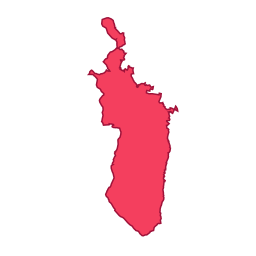 Sieut, Bistrita-Nasaud, Romania (Mercator projection), rotated 118°
{"feature_id": "2599482B95088717010880", "entity_name": "Sieut", "entity_type": "district", "adm_level": 2, "iso_a3": "ROU", "parent_name": "Romania", "parent_adm1": "Bistrita-Nasaud", "projection": "mercator", "projection_center": [24.659, 46.986], "detail": "fine", "context": "isolated", "style": "filled", "palette": "rose", "viewbox_px": 256, "rotation_deg": 118, "n_neighbors": 0, "source": "geoboundaries", "source_scale": "gbopen_adm2", "svg_char_len": 5725}
<svg xmlns="http://www.w3.org/2000/svg" viewBox="0 0 256 256"><g transform="rotate(118 128 128)"><path d="M189.3,116.8L191.5,117.0L192.8,116.8L193.6,117.0L194.6,116.7L197.0,116.6L197.5,116.2L198.6,114.9L198.9,113.3L199.3,112.6L200.2,111.7L200.3,111.2L201.4,110.5L202.0,109.6L202.1,109.2L202.1,108.7L202.7,107.0L204.8,103.7L205.3,102.8L205.6,101.8L206.1,101.1L207.0,101.0L209.3,94.9L209.7,93.1L209.5,91.4L209.5,90.0L209.9,88.6L211.7,83.9L212.5,81.0L212.7,78.0L213.6,76.5L214.3,74.7L214.4,73.9L214.8,73.1L214.7,72.3L214.4,71.3L214.4,70.0L215.7,67.8L216.4,65.0L215.9,63.8L214.4,62.7L213.5,61.2L210.4,59.8L210.0,59.6L208.9,59.8L208.1,58.8L207.2,58.3L207.2,58.1L206.5,57.3L203.7,58.2L202.4,58.0L199.7,56.9L198.9,57.0L197.7,56.0L197.6,55.3L196.7,54.3L194.1,56.2L192.5,56.2L190.8,57.4L190.6,57.8L190.2,58.4L189.6,58.4L188.8,59.0L188.0,59.0L187.7,59.3L187.6,60.2L187.2,60.5L186.4,60.6L184.5,61.6L181.6,62.3L180.8,62.2L177.4,63.1L175.1,62.9L174.1,63.0L172.4,63.8L171.8,64.7L170.7,64.8L170.3,65.4L168.6,66.3L166.0,68.3L164.2,68.6L163.3,69.0L162.9,69.4L161.9,69.6L158.1,71.2L158.0,70.4L157.0,70.5L156.6,72.3L156.3,72.8L154.5,73.5L154.3,73.2L153.8,73.6L153.4,73.2L152.4,74.7L150.4,74.2L150.3,75.2L149.4,75.0L148.0,76.0L147.3,75.1L146.0,75.7L146.1,75.9L144.1,76.7L143.0,76.9L143.0,77.1L142.0,77.1L140.8,77.3L140.8,78.0L136.1,78.4L134.3,78.8L133.7,79.4L132.5,79.8L131.0,80.9L130.6,80.3L128.8,80.1L125.8,81.1L125.4,82.2L124.3,82.3L121.5,85.2L121.5,85.5L120.8,86.2L120.4,85.9L119.9,87.0L119.2,87.5L119.0,88.1L117.3,88.9L114.8,89.6L112.5,90.0L110.9,91.4L110.3,91.3L109.8,92.4L109.9,93.6L107.6,95.2L107.0,94.4L104.8,93.7L104.1,96.6L103.6,97.2L103.4,97.2L103.2,96.7L102.8,96.5L101.9,95.0L100.8,95.1L99.9,96.2L100.0,96.8L98.1,96.7L96.3,98.7L95.3,98.7L94.9,99.9L93.7,98.6L93.4,98.0L93.4,97.7L94.1,97.4L94.1,95.5L90.4,95.7L89.7,95.4L89.7,92.1L87.9,93.5L86.5,95.6L86.3,96.2L89.9,95.7L90.0,98.9L90.4,100.2L91.4,99.6L93.5,102.3L93.3,102.9L93.3,103.7L92.5,105.3L92.0,105.3L92.1,105.9L91.9,106.3L91.9,106.8L91.5,106.8L90.8,107.2L90.5,108.3L90.0,108.4L90.1,108.9L90.0,109.0L89.8,108.8L89.2,109.3L89.9,109.9L90.4,110.6L90.9,112.0L90.2,113.1L84.9,113.6L83.7,114.2L82.1,114.8L82.6,116.7L84.1,116.2L86.4,122.8L87.9,125.4L88.3,128.2L87.1,128.8L86.0,129.0L85.2,126.1L83.8,126.6L82.9,126.4L82.5,124.4L82.0,124.3L79.6,125.1L80.9,126.5L81.0,126.9L80.8,127.9L80.1,128.5L80.0,129.3L81.2,130.7L81.4,131.3L81.2,131.8L81.3,132.0L82.1,132.6L81.9,132.9L82.1,133.3L80.9,134.0L80.1,133.8L80.0,134.0L80.8,134.3L81.6,134.8L81.8,135.8L82.1,136.0L82.4,136.9L82.7,137.2L83.8,137.6L84.9,138.4L84.6,138.7L85.2,139.1L85.6,139.8L86.1,139.8L86.5,139.6L86.8,138.9L86.8,138.4L87.5,138.6L87.6,139.6L87.4,139.9L86.8,139.9L86.0,140.4L85.1,141.7L84.3,144.4L83.7,145.0L83.1,146.1L82.1,147.2L81.0,149.1L80.6,149.6L79.0,150.4L77.7,149.2L77.4,148.6L75.3,150.4L73.6,151.3L72.5,151.5L72.6,151.8L72.9,152.0L73.2,152.6L73.1,153.5L73.6,155.3L73.2,155.5L73.1,155.8L72.8,155.8L72.8,156.7L74.0,156.7L74.9,156.0L76.6,155.8L77.3,156.0L77.0,158.2L77.6,158.4L79.9,157.8L79.6,158.7L79.0,159.0L79.3,159.5L80.0,159.9L79.9,160.4L80.0,160.7L79.9,161.2L79.2,161.9L79.9,162.4L79.9,162.5L79.5,162.8L78.9,162.6L78.5,163.0L78.2,163.0L78.3,163.5L78.5,163.8L75.8,164.2L74.5,164.7L73.5,164.5L72.9,164.7L72.0,164.6L71.9,165.3L72.1,166.0L71.4,166.5L70.9,165.1L70.0,163.7L69.3,163.2L68.7,163.5L68.2,164.6L67.8,165.0L66.9,164.9L65.8,165.4L63.0,164.8L63.6,166.5L63.5,166.8L62.9,167.5L62.3,167.6L62.1,167.9L62.1,168.2L61.7,170.1L61.4,170.2L61.4,170.5L61.7,171.0L62.5,171.8L62.1,173.0L62.1,173.9L60.3,173.4L59.6,172.5L58.5,171.9L58.2,171.5L56.8,171.2L56.1,170.4L55.0,170.0L54.2,170.8L53.6,171.1L51.8,172.7L49.9,173.3L48.3,175.4L46.2,176.4L46.6,177.5L47.5,177.8L48.2,178.7L48.4,179.1L48.4,179.7L47.7,181.1L47.6,181.8L47.2,182.4L46.9,183.8L46.6,184.2L46.6,184.9L45.7,186.0L45.8,186.3L45.4,186.3L45.6,186.6L45.4,187.0L44.1,187.6L43.5,188.4L42.9,188.6L41.9,189.9L40.0,191.6L39.6,193.9L39.9,197.0L40.7,198.4L44.3,201.7L48.4,200.1L49.9,198.1L50.0,194.9L50.2,194.0L53.7,190.5L56.0,184.3L56.1,180.7L55.4,180.2L55.8,180.2L56.1,179.9L57.3,178.2L58.1,177.6L58.6,177.5L60.6,176.3L62.5,174.8L63.5,175.7L63.4,175.8L65.0,176.2L67.4,177.5L68.2,178.0L69.0,179.0L69.4,179.3L71.5,179.7L72.2,179.7L73.1,180.0L74.9,179.5L75.6,179.0L76.6,179.3L76.9,179.7L77.4,180.1L79.0,180.6L80.3,180.6L81.1,180.9L82.5,176.5L83.2,175.8L84.2,174.3L85.1,173.8L85.6,172.0L86.3,170.8L86.7,171.5L86.7,171.9L87.0,172.2L87.1,172.7L87.2,173.3L87.0,174.3L88.4,174.2L90.4,174.8L92.4,176.5L92.6,177.1L93.0,177.5L94.2,178.1L94.8,180.3L94.9,181.9L95.5,182.9L94.5,185.2L94.0,187.2L94.5,187.6L96.3,188.1L97.9,187.6L99.2,187.9L97.6,184.8L97.3,183.9L97.4,183.2L97.8,182.5L97.8,181.7L98.9,178.7L99.4,177.8L104.8,176.1L106.4,174.3L106.5,173.7L106.7,170.8L107.1,170.0L107.9,169.2L108.4,168.1L108.9,165.6L110.2,164.9L110.7,165.1L111.2,165.6L113.9,166.0L114.7,166.3L116.4,166.3L117.2,166.1L118.5,164.9L120.6,161.7L121.3,160.0L123.8,158.4L126.5,158.0L127.3,157.1L128.7,155.9L131.8,155.1L133.9,154.4L134.7,154.3L135.0,153.3L135.5,152.5L137.0,151.0L135.1,148.0L134.4,146.8L133.9,146.2L133.6,146.5L133.3,146.2L133.0,146.4L132.8,145.5L132.3,144.7L131.9,143.1L131.8,142.4L132.2,142.0L133.3,142.8L134.2,142.7L134.4,142.5L134.4,141.2L133.5,139.0L132.9,138.0L132.7,137.4L132.7,137.0L132.1,135.3L134.2,133.2L134.7,132.4L136.9,131.4L140.0,130.7L142.1,131.3L143.3,131.3L146.9,129.1L151.0,127.9L152.5,127.7L154.0,127.9L155.0,128.3L155.1,127.8L156.3,128.1L157.0,127.7L157.0,127.4L158.4,126.0L158.9,126.2L159.7,126.3L162.9,126.1L163.4,125.4L164.5,125.0L165.2,125.2L166.5,125.2L167.5,124.7L167.4,124.1L168.5,124.8L169.4,125.0L171.4,123.9L173.9,121.4L175.1,119.8L178.1,117.2L178.8,116.8L185.4,116.4L187.0,116.0L188.7,116.1L189.3,116.8Z" fill="#f43f5e" stroke="#9f1239" stroke-width="1.5"/></g></svg>